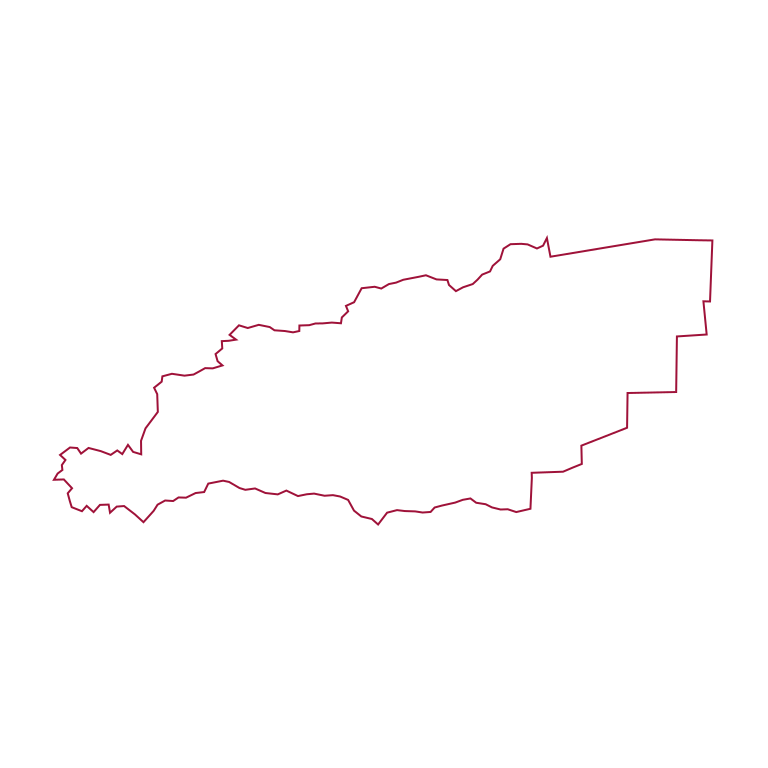 outline of Vera Cruz, Rio Grande do Sul, Brazil, rotated 88°
{"feature_id": "56859067B93836063527687", "entity_name": "Vera Cruz", "entity_type": "district", "adm_level": 2, "iso_a3": "BRA", "parent_name": "Brazil", "parent_adm1": "Rio Grande do Sul", "projection": "equal_earth", "projection_center": [-52.528, -29.73], "detail": "fine", "context": "isolated", "style": "outline", "palette": "rose", "viewbox_px": 768, "rotation_deg": 88, "n_neighbors": 0, "source": "geoboundaries", "source_scale": "gbopen_adm2", "svg_char_len": 2102}
<svg xmlns="http://www.w3.org/2000/svg" viewBox="0 0 768 768"><g transform="rotate(88 384 384)"><path d="M320.3,526.9L329.5,536.6L334.5,530.3L335.4,537.7L335.5,544.6L342.8,544.4L348.2,551.3L355.4,549.5L359.8,544.8L362.4,554.6L361.9,562.2L365.0,568.2L367.9,574.0L368.7,583.1L366.4,595.6L368.6,605.2L373.9,606.1L379.7,613.9L386.2,611.0L404.0,611.0L420.0,623.9L432.3,628.8L445.8,629.1L443.1,637.1L435.9,642.0L444.9,648.0L441.1,652.9L445.3,659.6L441.2,669.4L437.6,681.5L443.0,689.2L437.3,692.8L436.5,700.0L443.6,710.2L448.8,705.0L453.8,708.8L458.7,708.4L462.1,713.3L468.2,717.2L468.2,707.3L477.3,699.4L482.2,703.9L489.9,702.1L496.2,700.4L500.6,690.3L495.4,685.4L501.9,678.7L494.9,672.1L494.9,663.4L503.1,662.3L497.2,655.4L496.9,648.0L505.6,637.5L513.7,629.2L507.6,623.3L502.7,618.6L496.7,614.5L492.8,606.8L493.6,598.8L490.2,593.3L490.7,585.8L486.4,576.1L485.7,567.5L477.4,563.1L475.0,548.2L476.5,542.2L482.9,532.1L484.9,526.3L483.9,516.5L488.8,506.3L490.6,494.0L487.1,485.3L493.0,473.9L491.5,465.0L491.1,457.7L493.6,447.3L493.3,438.9L494.9,431.8L498.6,423.9L509.5,418.4L515.6,411.3L518.5,400.8L524.2,394.8L512.7,385.4L510.5,375.4L511.7,367.6L512.4,357.3L513.8,349.9L513.5,341.9L509.2,337.7L507.5,330.3L505.0,317.0L502.5,309.3L501.4,301.6L505.9,296.0L507.7,286.6L511.1,280.4L513.5,271.9L513.5,264.7L516.6,256.3L513.8,242.0L482.9,239.5L477.9,239.5L477.9,208.1L474.2,198.5L470.8,189.1L452.5,188.9L436.2,142.6L401.5,140.9L402.2,92.3L346.7,89.6L345.8,59.8L312.5,61.9L312.9,55.3L252.0,50.8L251.3,64.7L248.9,108.1L262.6,213.2L243.8,216.1L251.3,220.2L253.9,226.4L249.5,235.6L248.7,242.0L248.7,252.7L252.9,259.8L263.4,263.5L269.7,271.2L275.2,274.1L278.1,282.1L283.0,286.9L287.2,291.8L290.1,301.6L293.7,308.9L287.3,315.6L282.3,317.0L281.3,327.9L276.8,338.3L278.1,345.7L280.5,361.1L283.1,368.4L284.3,375.6L288.5,383.4L286.5,389.9L287.5,403.0L301.2,411.0L304.6,419.3L310.1,417.3L316.0,423.8L321.8,424.9L320.8,434.0L321.3,443.5L321.1,450.3L322.6,456.7L322.6,466.5L328.1,466.8L329.2,473.1L327.6,481.2L326.5,491.6L323.1,496.2L320.5,507.1L323.3,518.2L320.3,526.9Z" fill="none" stroke="#9f1239" stroke-width="2"/></g></svg>